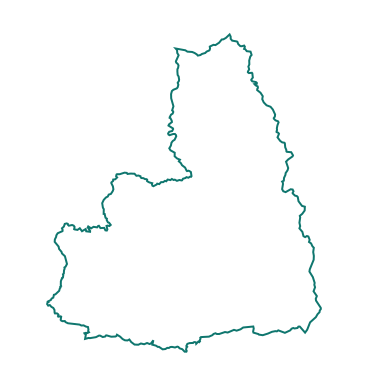 the district of Juara, Mato Grosso, Brazil, rotated 184°
{"feature_id": "56859067B67844091426468", "entity_name": "Juara", "entity_type": "district", "adm_level": 2, "iso_a3": "BRA", "parent_name": "Brazil", "parent_adm1": "Mato Grosso", "projection": "orthographic", "projection_center": [-57.533, -11.229], "detail": "fine", "context": "isolated", "style": "outline", "palette": "teal", "viewbox_px": 384, "rotation_deg": 184, "n_neighbors": 0, "source": "geoboundaries", "source_scale": "gbopen_adm2", "svg_char_len": 5920}
<svg xmlns="http://www.w3.org/2000/svg" viewBox="0 0 384 384"><g transform="rotate(184 192 192)"><path d="M288.4,38.0L285.0,39.2L283.6,39.1L277.7,40.5L274.7,42.3L273.6,42.3L270.9,41.1L268.5,41.8L267.8,42.9L267.1,43.0L262.5,42.0L258.3,42.5L257.4,43.0L256.9,44.4L253.6,42.7L251.0,40.5L248.6,39.4L246.0,39.4L244.2,40.5L242.2,38.1L238.7,35.8L234.9,35.9L232.4,37.3L229.1,36.8L226.3,38.2L223.7,37.4L222.4,38.0L220.2,41.4L220.9,36.9L217.2,36.2L215.3,35.1L214.1,35.2L210.3,33.0L207.6,33.5L205.8,34.8L204.2,34.8L202.8,35.8L201.2,36.1L198.1,35.7L195.9,36.7L194.8,36.5L193.5,35.2L190.7,34.5L188.2,32.2L186.5,32.3L186.2,33.1L186.9,34.3L186.7,36.3L186.0,37.2L186.9,38.0L186.0,40.2L183.9,41.1L180.4,41.5L180.0,42.1L178.7,42.5L177.5,42.2L177.2,40.9L175.3,43.2L174.3,42.7L173.6,43.7L174.0,44.4L173.3,46.2L173.6,47.2L172.9,47.9L165.0,48.9L161.7,50.6L160.6,51.9L158.7,52.7L157.3,52.1L155.1,52.2L149.3,54.6L146.6,54.3L140.5,57.4L137.8,56.8L134.0,58.4L131.5,60.4L121.5,62.1L120.9,60.1L121.3,57.1L120.9,56.0L115.8,54.9L115.3,54.4L111.4,54.1L106.3,56.1L102.5,58.1L99.2,59.0L97.6,58.9L96.3,60.0L89.5,58.0L84.4,60.8L83.1,62.6L81.5,63.4L80.3,63.0L77.3,63.7L76.5,65.1L75.7,65.3L75.0,65.2L69.4,59.6L67.5,62.6L65.1,70.2L59.7,75.8L58.2,78.9L56.4,81.0L56.3,82.6L55.3,84.3L55.5,85.5L60.7,92.3L61.1,94.1L60.2,96.9L63.8,101.4L62.6,105.6L63.5,107.9L63.3,109.9L65.5,115.5L69.3,120.8L69.1,123.1L65.9,132.9L66.0,136.8L66.9,140.5L66.6,144.9L68.1,146.3L69.6,149.0L71.8,150.3L71.3,152.5L72.8,155.7L74.3,156.1L76.0,154.9L77.7,155.7L79.1,159.9L82.3,163.2L81.7,165.5L82.7,168.8L82.3,174.2L82.8,175.7L80.5,177.9L78.3,181.4L78.4,185.2L81.3,185.8L85.1,190.2L86.1,194.3L87.2,195.3L88.9,195.5L91.0,197.2L91.6,198.0L90.8,199.8L91.8,201.5L93.8,201.6L98.6,198.4L101.0,199.1L102.3,201.1L101.8,206.2L102.0,207.6L102.8,208.7L101.2,209.7L101.2,212.4L100.0,215.6L99.9,217.4L98.2,220.3L97.7,222.6L100.3,228.8L98.4,231.1L94.2,234.5L93.8,235.6L95.8,238.6L100.2,238.7L100.6,239.0L100.9,240.7L102.1,243.0L102.8,247.1L103.3,247.6L105.5,247.8L107.6,249.1L110.5,252.5L109.3,256.1L110.1,257.1L111.8,257.7L111.9,258.3L111.5,259.8L111.8,261.5L111.4,264.6L110.5,267.5L111.1,268.5L113.7,269.3L115.5,270.9L115.6,271.4L114.6,273.0L114.5,275.1L117.1,279.9L119.6,282.5L123.7,283.7L126.7,286.4L128.4,289.5L128.1,292.5L130.6,295.8L134.1,298.2L134.1,299.3L133.5,300.5L133.8,301.9L135.9,302.8L137.2,304.0L134.9,304.6L135.0,305.5L135.9,306.1L139.6,306.6L140.6,307.6L140.7,308.2L139.3,310.4L140.1,314.6L140.6,315.1L143.5,314.6L144.6,315.3L144.6,316.1L143.5,318.4L144.5,321.0L143.7,323.3L144.1,327.1L143.3,331.2L142.1,332.9L143.4,336.1L147.2,336.3L148.9,338.2L150.0,338.4L149.4,340.6L150.2,341.7L152.5,340.9L154.0,340.9L156.2,342.8L157.2,345.0L157.8,345.3L162.5,345.8L164.1,347.5L164.3,349.8L165.5,351.8L168.9,348.1L171.3,346.5L173.0,346.2L175.4,342.8L178.8,340.2L180.9,340.3L184.4,338.3L184.0,336.1L184.5,334.5L187.2,333.1L188.5,331.6L191.7,330.4L193.2,329.2L195.7,328.5L196.8,329.6L199.2,330.9L201.6,331.7L206.4,331.7L208.5,332.9L218.3,334.0L216.8,332.5L216.4,329.6L214.9,327.5L217.2,321.2L216.8,320.0L215.2,318.8L214.3,317.4L214.5,314.9L215.1,313.5L215.0,311.3L214.5,307.8L213.4,306.3L212.7,303.2L212.8,301.9L213.9,299.9L213.1,298.1L213.6,295.4L214.4,294.3L217.7,292.7L219.1,291.3L219.7,288.2L219.3,284.0L216.5,276.2L217.5,272.0L216.4,271.1L216.3,270.2L216.8,268.8L218.3,267.7L219.5,265.0L219.5,264.4L218.7,264.2L217.2,261.7L216.9,260.4L219.7,257.8L220.1,256.6L215.4,254.1L215.2,253.5L216.0,251.5L218.9,250.5L219.9,248.8L219.5,247.7L218.4,247.1L214.9,248.5L213.1,248.7L212.0,247.7L211.6,246.5L213.0,242.9L214.7,241.6L215.9,239.8L216.3,236.8L217.7,234.0L216.4,232.1L212.0,230.0L211.8,226.4L209.2,224.4L206.3,223.4L207.3,221.7L205.2,220.1L203.8,218.0L200.6,215.9L198.9,212.9L198.4,212.5L197.1,213.0L196.0,212.7L194.5,211.8L193.6,207.8L194.0,207.1L194.9,207.2L196.6,206.0L198.6,206.4L199.5,205.5L201.9,204.6L202.7,203.0L203.3,202.8L205.4,203.1L207.8,202.1L210.0,203.1L211.2,202.7L213.0,203.6L214.3,202.4L217.2,202.7L218.4,200.9L219.8,201.2L221.5,199.8L223.5,199.7L225.2,197.6L227.3,197.9L227.8,197.0L230.9,195.1L231.9,195.5L232.6,197.1L232.3,198.0L235.3,198.6L237.2,199.5L237.6,199.8L237.6,201.2L238.2,201.6L239.8,201.6L241.4,202.4L243.5,202.4L244.3,203.2L244.5,204.1L246.5,204.7L248.6,204.3L250.6,206.2L254.5,206.1L257.6,205.5L258.4,206.5L260.6,206.6L265.4,204.7L268.1,204.5L268.5,204.2L268.8,202.4L267.7,201.3L269.5,199.3L271.5,198.9L271.5,197.5L273.1,195.9L273.1,195.2L271.3,192.1L270.6,189.2L271.2,187.2L272.8,184.4L274.9,183.6L275.7,181.6L277.5,180.5L279.5,178.0L280.8,174.6L279.8,170.2L278.8,168.7L278.6,164.0L277.6,164.0L276.5,160.3L275.0,159.4L275.2,158.2L273.8,155.9L272.5,155.5L270.8,153.5L272.0,152.3L273.9,152.6L274.9,152.2L273.8,148.7L274.3,147.6L275.7,147.7L277.1,150.1L280.8,149.6L282.5,151.8L283.2,151.6L284.2,150.1L287.8,150.4L290.1,148.7L293.1,150.4L293.5,149.4L290.9,146.0L290.9,145.2L294.8,145.4L295.5,147.6L299.0,145.2L301.4,148.0L303.6,146.2L306.6,146.5L307.0,146.7L306.7,149.0L307.7,150.2L309.3,150.7L312.5,149.8L313.3,150.4L313.7,151.6L314.9,151.9L316.7,151.3L317.4,148.6L319.2,146.7L318.4,145.1L318.5,143.9L323.1,141.5L324.3,139.3L324.4,137.8L325.5,135.1L325.5,132.7L321.3,128.3L320.6,125.9L318.0,123.2L317.4,121.6L314.3,119.1L311.7,111.5L312.9,108.7L314.0,107.8L313.7,106.7L314.2,104.9L314.2,101.7L315.0,100.9L314.6,99.8L314.8,97.8L315.6,97.2L315.4,96.7L316.0,96.0L316.6,93.8L316.4,89.9L316.0,89.1L316.8,88.3L316.5,87.5L317.1,86.8L317.6,84.2L321.1,80.4L322.6,79.8L323.0,77.0L324.6,75.9L325.3,74.4L328.1,72.7L327.7,72.1L328.4,71.9L328.7,70.1L327.5,68.6L326.0,69.3L324.2,67.6L322.3,66.7L321.0,64.8L320.6,61.9L320.2,61.3L318.3,61.5L317.1,60.8L316.6,60.1L317.1,58.9L316.7,58.3L314.3,58.8L313.8,58.5L314.1,55.3L313.4,54.5L312.1,54.1L309.9,54.4L309.1,53.4L306.6,52.4L294.9,51.9L293.1,51.1L290.8,51.4L288.6,50.4L286.3,50.0L285.7,47.4L285.9,45.9L285.0,44.9L286.5,44.0L288.1,44.1L289.5,43.6L289.2,43.1L287.9,42.8L288.4,38.0Z" fill="none" stroke="#0f766e" stroke-width="2"/></g></svg>